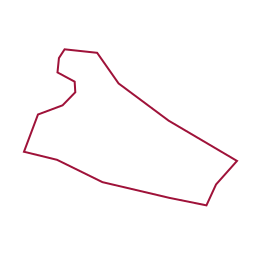 the border of Newcastle upon Tyne, rotated 355°
{"feature_id": "GBR-5661", "entity_name": "Newcastle upon Tyne", "entity_type": "Metropolitan Borough", "adm_level": 1, "iso_a3": "GBR", "parent_name": "United Kingdom", "parent_adm1": "", "projection": "orthographic", "projection_center": [-1.647, 55.013], "detail": "fine", "context": "isolated", "style": "outline", "palette": "rose", "viewbox_px": 256, "rotation_deg": 355, "n_neighbors": 0, "source": "natural_earth", "source_scale": "10m", "svg_char_len": 362}
<svg xmlns="http://www.w3.org/2000/svg" viewBox="0 0 256 256"><g transform="rotate(355 128 128)"><path d="M71.7,44.1L103.8,50.4L122.5,82.8L169.2,124.3L233.7,170.3L210.8,191.9L199.4,211.9L163.1,201.2L97.8,179.7L54.5,153.5L22.3,142.6L39.5,106.7L64.8,99.7L78.6,87.8L78.9,77.2L62.6,66.5L65.3,52.3L71.7,44.1Z" fill="none" stroke="#9f1239" stroke-width="2"/></g></svg>